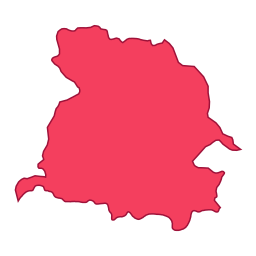 the district of Mbaïki, Lobaye, Central African Republic
{"feature_id": "33826404B24481683700723", "entity_name": "Mbaïki", "entity_type": "district", "adm_level": 2, "iso_a3": "CAF", "parent_name": "Central African Republic", "parent_adm1": "Lobaye", "projection": "orthographic", "projection_center": [17.906, 4.007], "detail": "fine", "context": "isolated", "style": "filled", "palette": "rose", "viewbox_px": 256, "rotation_deg": 0, "n_neighbors": 0, "source": "geoboundaries", "source_scale": "gbopen_adm2", "svg_char_len": 5044}
<svg xmlns="http://www.w3.org/2000/svg" viewBox="0 0 256 256"><path d="M240.6,149.4L233.4,144.1L232.8,139.8L231.8,137.5L227.8,136.2L222.7,133.8L219.9,127.6L216.0,122.9L208.1,117.3L207.4,113.4L209.2,107.9L209.5,101.6L208.1,92.8L208.1,86.2L203.6,76.8L194.2,66.5L182.6,65.6L178.4,62.4L172.9,47.9L169.3,43.5L164.5,39.8L163.1,41.8L162.4,43.0L159.5,43.6L157.0,44.3L155.1,45.4L152.6,45.5L151.3,43.9L150.9,42.6L150.4,40.3L149.1,40.4L147.6,40.9L143.6,40.3L140.5,39.6L138.9,39.0L136.5,38.6L132.7,38.4L129.1,38.5L127.0,39.3L124.5,41.3L122.8,42.6L121.5,41.8L120.4,40.7L119.1,38.9L116.6,38.1L115.2,38.4L113.8,38.9L111.6,39.4L110.0,39.3L109.1,38.3L108.4,37.0L108.3,36.1L107.6,33.5L107.3,31.7L106.8,30.4L105.5,29.7L103.2,29.4L100.8,28.9L99.7,27.3L98.3,26.3L96.9,26.0L94.3,25.7L91.9,26.8L90.7,27.4L87.7,27.7L86.2,27.9L83.0,27.8L80.7,27.8L77.7,28.0L76.2,29.4L75.2,30.6L74.0,31.0L71.8,31.0L69.9,30.5L68.1,29.8L66.6,28.9L64.1,28.6L61.8,28.9L59.9,30.1L58.1,31.6L56.6,36.1L56.8,39.4L59.5,49.0L59.5,51.8L59.5,53.9L58.8,54.9L57.6,56.1L55.7,56.7L54.1,57.2L52.5,58.2L51.8,59.5L51.9,60.6L53.7,62.8L54.7,64.0L58.1,66.2L59.8,68.1L61.1,71.5L66.1,77.2L67.2,77.9L70.5,79.8L72.0,80.7L74.5,82.0L77.6,86.9L79.1,87.8L79.8,90.2L79.7,91.9L78.7,93.9L67.2,100.0L59.8,102.0L59.0,104.5L57.9,106.6L56.2,108.6L55.4,111.0L54.2,116.0L47.4,127.4L48.7,139.1L47.3,145.0L43.6,151.3L42.5,155.9L43.4,158.3L43.7,159.6L42.0,161.0L40.3,162.3L38.1,164.2L38.0,166.9L38.9,168.2L41.8,168.3L43.2,169.1L44.8,171.3L45.8,174.8L45.6,177.1L44.1,176.7L40.1,176.4L35.0,175.8L31.4,177.2L27.2,178.7L24.1,178.2L21.6,179.4L20.1,180.6L18.6,182.0L16.2,186.2L15.4,190.0L18.2,201.0L18.7,200.2L19.2,199.4L19.7,198.5L20.3,197.8L20.9,197.0L21.6,196.4L22.2,195.7L22.7,195.0L23.4,194.3L24.0,193.7L24.7,193.0L25.6,192.5L26.2,191.8L26.6,191.7L27.1,191.5L28.0,191.1L29.1,190.8L30.3,190.7L31.6,190.7L32.7,190.4L33.2,189.7L33.6,188.8L34.1,187.8L34.6,187.0L35.1,186.2L35.9,185.7L37.0,185.4L38.2,185.3L39.5,185.3L40.7,185.5L41.7,185.8L42.7,186.2L43.5,186.7L43.8,187.6L44.2,188.5L44.5,189.6L45.0,190.4L46.1,190.7L47.2,190.6L48.3,190.9L49.1,191.4L50.3,191.5L51.4,191.8L52.1,192.3L52.8,193.0L53.3,193.8L53.7,194.7L54.1,195.6L54.7,196.3L55.4,197.0L56.3,197.4L57.4,197.7L58.4,198.0L59.6,198.1L60.7,198.4L61.7,198.6L62.5,199.2L63.1,199.9L63.8,200.5L64.5,201.2L65.4,201.6L66.7,201.6L68.1,201.6L69.4,201.6L70.7,201.7L71.8,201.5L73.2,201.5L74.4,201.4L75.6,201.6L76.9,201.6L78.2,201.6L79.4,201.7L80.4,202.0L81.6,202.2L82.7,202.4L84.0,202.4L85.4,202.4L86.4,202.2L87.2,201.7L87.9,201.0L88.7,200.5L89.6,200.1L90.8,200.2L91.9,200.5L92.8,200.9L93.6,201.5L94.2,202.1L94.7,202.9L95.4,203.6L96.3,204.0L97.6,204.0L98.8,203.9L100.0,203.7L101.2,203.6L102.4,203.5L103.6,203.4L104.8,203.2L106.0,203.4L106.9,203.8L107.5,204.5L108.0,205.4L108.2,206.5L108.5,207.5L108.7,208.6L108.8,209.8L109.2,210.7L109.6,211.6L110.2,212.3L110.9,213.0L111.4,213.8L111.7,214.8L111.8,216.0L111.7,217.2L111.7,218.5L111.9,219.6L112.8,220.0L114.0,219.9L114.8,219.3L115.5,218.7L116.2,218.0L117.0,217.5L117.9,217.1L119.0,216.9L120.1,216.7L121.5,216.8L122.7,216.6L123.6,216.2L124.5,215.9L125.3,215.3L126.0,214.7L126.5,213.9L127.0,213.0L127.5,212.2L128.4,211.8L129.3,212.2L130.1,212.7L130.6,213.5L131.3,214.2L131.8,215.0L132.3,215.8L133.0,216.5L133.8,217.0L134.4,217.7L135.2,218.2L136.2,218.6L137.1,219.0L138.2,219.3L139.3,219.2L140.3,218.8L141.2,218.4L142.0,217.9L142.9,217.5L143.6,216.8L144.4,216.3L145.2,215.8L145.9,215.2L146.9,214.8L147.8,214.5L148.8,214.1L149.9,214.0L150.5,214.0L151.8,213.9L153.1,213.9L154.3,214.0L155.5,214.1L156.7,214.3L158.0,214.3L159.2,214.4L160.3,214.5L161.3,214.7L162.5,214.8L163.6,215.1L164.5,215.5L165.5,215.8L166.5,216.2L167.4,216.6L168.3,217.0L169.1,217.5L169.7,218.2L170.4,218.9L170.9,219.7L171.5,220.5L171.9,221.4L172.1,222.5L172.4,223.5L172.3,224.9L172.3,226.2L172.3,227.5L172.6,228.5L173.3,229.2L174.0,229.7L175.0,230.2L176.1,230.3L177.5,230.3L178.6,230.3L179.6,230.1L180.7,229.8L181.6,229.4L182.7,229.1L183.6,228.8L184.3,228.2L185.2,227.7L185.9,227.1L186.4,226.3L187.1,225.6L187.6,224.8L188.0,223.9L188.5,223.1L188.9,222.2L189.3,221.3L189.7,220.4L190.0,219.3L190.3,218.2L190.6,217.2L190.8,216.1L190.9,214.9L191.2,213.9L191.5,212.8L191.9,211.9L192.6,211.2L193.4,210.7L194.7,210.7L195.8,211.0L196.7,211.4L197.6,211.8L198.8,211.9L199.9,211.7L200.8,211.3L201.5,210.8L202.6,210.5L203.8,210.4L204.9,210.1L206.1,210.0L207.3,209.9L208.5,209.8L209.8,209.8L211.1,209.8L212.1,210.0L213.1,210.4L214.0,210.9L214.8,211.4L215.7,211.8L216.8,212.0L217.8,211.8L218.4,211.0L218.8,210.1L219.1,209.0L219.6,208.3L220.3,207.6L214.4,200.4L214.9,197.9L216.6,197.0L216.9,196.1L216.5,193.4L216.0,191.1L216.7,187.5L219.1,184.4L220.7,180.9L221.4,178.8L221.8,177.0L223.6,174.6L224.3,173.5L224.4,172.7L223.4,171.6L222.0,171.3L220.2,172.0L218.1,172.8L215.8,173.1L213.4,172.3L208.2,168.1L202.4,167.8L198.2,167.7L195.2,166.1L194.1,164.9L192.5,161.2L198.4,154.7L205.5,146.7L210.2,144.5L212.7,142.4L215.8,140.3L217.8,140.1L219.2,140.1L220.8,141.7L223.0,144.2L227.0,147.1L229.5,149.0L232.3,150.1L236.7,150.3L240.6,149.4Z" fill="#f43f5e" stroke="#9f1239" stroke-width="1.5"/></svg>